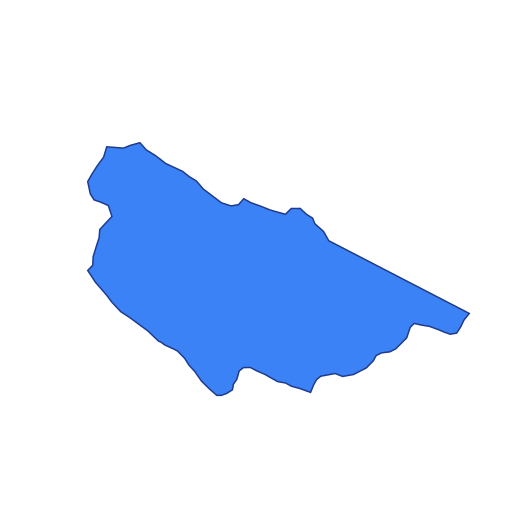 outline of Ammochostos, Cyprus, rotated 328°
{"feature_id": "46923920B15488277877643", "entity_name": "Ammochostos", "entity_type": "district", "adm_level": 2, "iso_a3": "CYP", "parent_name": "Cyprus", "parent_adm1": "", "projection": "equal_earth", "projection_center": [33.927, 35.12], "detail": "fine", "context": "isolated", "style": "filled", "palette": "blue", "viewbox_px": 512, "rotation_deg": 328, "n_neighbors": 0, "source": "geoboundaries", "source_scale": "gbopen_adm2", "svg_char_len": 1400}
<svg xmlns="http://www.w3.org/2000/svg" viewBox="0 0 512 512"><g transform="rotate(328 256 256)"><path d="M105.6,179.1L105.9,193.0L108.5,209.6L109.3,218.8L111.8,231.6L116.1,240.8L124.5,262.0L128.3,276.8L129.4,278.0L131.6,283.3L137.5,292.2L139.1,295.1L141.3,305.1L141.3,312.8L142.9,321.6L143.5,333.4L146.2,344.6L148.9,353.4L152.7,355.8L158.1,357.0L165.1,357.0L168.9,352.8L174.3,350.5L180.8,344.6L186.2,344.0L192.1,347.5L195.9,354.0L200.8,361.1L204.6,368.2L207.8,374.0L213.8,379.4L217.0,385.2L223.0,391.7L230.0,400.6L236.5,395.9L241.9,392.9L247.3,392.3L260.8,397.6L265.7,404.1L276.0,408.2L283.6,408.8L290.1,409.4L299.8,407.1L305.2,404.1L311.2,404.7L318.7,408.2L325.2,408.8L340.4,405.3L349.0,398.2L354.4,397.0L360.4,402.9L365.8,407.6L371.8,415.3L375.5,420.6L379.3,425.3L385.3,427.7L391.8,424.7L398.3,420.6L406.4,417.7L325.8,281.6L326.3,271.0L323.0,259.8L324.1,253.9L320.9,247.4L318.7,239.1L311.1,234.4L303.0,236.2L292.8,225.0L286.3,216.2L279.8,207.9L276.0,200.9L268.4,203.2L261.4,200.3L254.9,192.6L250.0,179.7L246.8,171.4L245.2,160.8L241.4,153.2L238.7,145.5L234.9,139.6L228.4,129.6L224.1,117.9L219.2,107.9L217.6,98.4L207.8,95.5L200.8,94.3L187.3,84.3L179.2,91.4L168.9,95.5L160.3,99.6L152.7,103.7L148.4,115.5L148.4,122.6L152.7,127.9L157.5,134.9L154.8,146.1L143.5,149.1L137.5,150.8L132.7,157.3L127.8,161.4L117.5,170.3L112.7,177.3L105.6,179.1Z" fill="#3b82f6" stroke="#1e3a8a" stroke-width="1.5"/></g></svg>